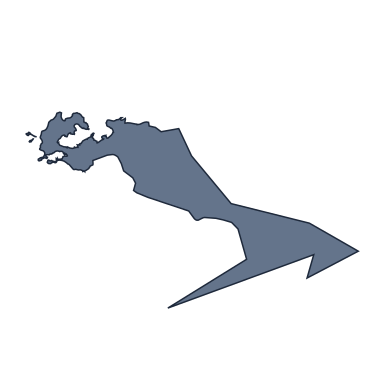 Garðabær, Reykjavík, Iceland, rotated 340°
{"feature_id": "244011B25721014671193", "entity_name": "Garðabær", "entity_type": "district", "adm_level": 2, "iso_a3": "ISL", "parent_name": "Iceland", "parent_adm1": "Reykjavík", "projection": "albers", "projection_center": [-21.974, 64.042], "detail": "fine", "context": "isolated", "style": "filled", "palette": "slate", "viewbox_px": 384, "rotation_deg": 340, "n_neighbors": 0, "source": "geoboundaries", "source_scale": "gbopen_adm2", "svg_char_len": 5670}
<svg xmlns="http://www.w3.org/2000/svg" viewBox="0 0 384 384"><g transform="rotate(340 192 192)"><path d="M224.8,216.3L203.9,157.9L201.2,127.9L183.6,124.8L179.7,118.8L174.3,115.3L175.0,111.7L173.3,110.7L171.6,110.3L169.9,110.2L166.3,110.5L163.8,110.0L163.3,109.8L163.4,109.4L162.0,108.7L157.5,106.0L155.2,105.0L152.6,104.4L153.0,103.0L154.3,101.0L154.5,100.0L151.4,100.6L150.2,100.4L149.6,99.8L149.8,99.2L150.1,98.7L151.5,98.2L150.4,97.8L149.2,98.4L147.8,98.8L145.7,98.3L145.3,98.3L144.9,98.6L142.8,98.6L141.5,97.9L138.5,95.9L137.1,95.6L136.1,96.4L135.2,97.8L134.9,97.8L134.9,99.3L134.7,100.1L134.8,100.9L135.1,101.3L136.7,102.8L137.6,104.4L138.1,104.5L138.5,105.2L138.8,107.1L138.8,107.5L138.6,108.0L138.7,108.9L138.0,109.0L137.7,109.3L137.4,109.8L135.4,111.1L131.4,112.6L130.5,112.4L130.4,111.1L130.5,110.3L130.3,110.0L129.6,110.1L129.3,109.5L129.9,109.2L129.1,109.0L127.3,108.9L126.1,109.3L125.9,109.8L125.9,110.4L126.4,111.0L126.4,111.5L127.1,112.0L126.8,112.2L125.8,112.3L125.4,112.1L120.8,113.4L119.6,113.4L119.6,113.1L119.9,112.5L120.0,111.8L119.0,111.0L118.5,110.2L117.6,109.8L117.5,109.6L117.8,108.8L117.8,108.5L117.4,108.0L117.5,107.7L117.4,107.4L117.0,107.1L117.1,106.8L117.0,106.5L116.8,106.3L116.8,106.0L117.1,105.8L118.3,105.3L118.6,105.0L118.7,104.2L119.4,103.9L119.9,103.4L119.6,103.0L118.7,103.0L118.7,103.7L117.4,103.6L117.5,103.9L117.3,104.2L116.5,104.3L116.0,105.2L115.5,105.6L113.4,105.7L112.6,106.0L112.0,105.9L111.6,106.6L110.9,106.2L109.9,106.2L106.8,106.7L104.4,108.5L103.5,108.2L102.8,108.4L102.7,108.6L102.8,109.2L102.6,109.5L102.0,108.8L101.1,108.9L100.4,108.5L100.5,109.1L100.3,109.5L100.3,110.1L100.2,110.3L100.3,110.7L100.3,110.9L100.1,111.1L99.1,110.5L97.9,110.6L96.9,109.5L96.7,109.6L96.5,110.2L96.2,110.4L94.4,110.1L92.1,108.8L91.0,107.6L90.6,107.5L90.2,107.8L89.9,107.4L90.0,106.9L89.7,106.9L89.3,107.3L89.1,107.1L88.8,106.5L86.9,105.6L83.7,102.8L83.5,102.0L83.4,100.4L83.7,99.8L82.7,99.9L82.7,99.7L82.5,99.3L82.4,99.1L82.7,98.7L84.6,97.1L85.4,96.7L86.4,96.6L88.3,95.2L89.1,94.8L90.4,94.6L91.4,94.8L92.0,95.5L91.6,96.1L93.2,97.3L93.6,97.3L94.9,95.7L96.0,94.9L97.9,94.7L98.1,95.1L97.7,95.7L97.8,95.8L99.5,96.9L100.4,97.1L101.1,97.6L101.5,97.2L101.4,97.0L101.4,96.5L101.6,95.7L102.3,94.7L102.8,94.5L103.9,94.7L104.3,94.5L104.4,93.7L104.3,92.2L103.7,91.0L103.6,90.4L104.0,89.3L105.2,88.5L106.7,88.5L107.8,89.1L108.5,89.8L108.6,90.1L108.7,90.6L108.9,90.8L109.1,92.0L109.8,92.9L110.1,93.9L110.7,94.2L111.0,94.8L111.4,95.0L112.1,94.9L112.3,95.5L112.7,95.6L113.3,96.4L114.2,97.0L115.0,97.1L116.3,97.9L116.7,97.6L115.8,96.7L115.7,96.4L115.8,96.1L116.9,95.2L117.0,94.9L116.8,93.5L117.0,92.4L116.2,91.4L116.1,90.6L115.4,90.5L115.1,89.8L114.4,89.3L114.5,88.6L114.7,88.2L115.7,85.1L115.6,84.9L114.7,84.3L113.9,81.3L112.8,79.7L111.8,79.2L111.1,78.2L108.9,78.0L107.6,77.6L106.9,77.8L106.0,78.5L105.8,78.7L105.9,79.2L105.4,79.7L103.7,80.5L102.4,80.6L100.6,80.1L98.5,80.0L97.7,80.4L97.2,81.5L96.3,81.4L95.6,80.8L95.3,80.4L94.8,79.1L94.7,78.1L94.7,77.0L94.8,76.3L95.7,74.3L96.4,73.1L96.2,72.8L95.1,71.8L92.0,71.8L89.9,74.3L86.6,76.2L83.9,76.3L81.3,77.5L79.2,80.6L77.7,82.2L76.2,83.3L74.6,83.7L72.0,83.6L71.2,84.2L70.1,86.2L68.4,88.2L68.0,89.0L68.0,89.5L68.5,91.3L68.7,92.2L68.6,93.4L68.4,94.2L67.8,94.9L66.8,95.1L66.1,96.0L65.5,96.4L65.3,96.8L64.7,98.6L63.8,99.1L63.5,99.6L63.5,99.9L64.5,101.1L66.2,102.4L66.7,103.1L67.0,104.5L66.9,105.2L66.6,106.2L64.4,108.3L61.1,108.0L60.1,108.4L58.9,108.5L58.4,109.3L58.5,110.0L59.0,110.5L61.2,110.6L61.5,110.5L61.6,110.0L61.7,109.8L64.9,109.4L65.9,109.8L66.6,110.6L66.9,110.7L67.7,110.5L68.1,109.9L67.5,109.4L67.2,108.5L66.9,107.9L66.9,107.6L67.7,107.2L68.8,107.4L70.6,108.2L71.3,107.8L71.8,108.0L72.6,107.9L73.0,108.3L74.4,108.1L74.7,107.7L75.7,107.9L77.3,107.2L78.8,107.2L79.8,107.5L81.1,108.3L81.3,108.7L82.8,108.9L84.0,109.6L84.4,110.3L84.4,110.7L84.7,111.5L84.4,111.9L84.5,112.1L85.1,112.0L84.8,112.4L85.0,112.8L85.0,113.1L85.1,113.5L85.7,113.4L86.4,112.9L86.7,113.0L87.3,114.8L87.3,115.3L87.2,115.5L86.3,115.5L84.7,114.8L82.9,114.6L82.5,115.2L81.2,116.5L81.0,116.3L79.8,116.2L78.0,115.7L77.4,115.8L77.2,115.6L77.1,114.6L76.7,115.3L76.6,115.1L76.7,114.4L76.1,114.4L75.9,114.1L75.8,114.4L75.7,114.5L76.1,115.0L75.7,115.2L75.8,115.6L75.8,115.8L75.1,116.6L74.4,116.5L73.6,116.8L73.1,116.6L72.7,115.8L71.7,115.7L71.0,114.4L70.8,114.4L70.6,114.6L69.6,114.4L69.4,114.3L69.2,113.8L68.6,113.7L68.4,113.2L68.0,113.0L68.3,112.5L67.3,113.1L66.9,113.8L66.2,114.4L66.2,114.6L66.4,115.4L67.1,116.3L68.5,116.9L69.0,117.0L70.0,116.5L72.1,116.6L72.7,116.9L73.3,117.7L74.3,117.8L75.0,117.4L75.9,116.4L76.5,116.3L78.4,116.7L80.8,118.0L82.5,119.4L84.2,121.8L84.8,123.1L85.6,123.7L86.1,124.5L87.9,129.3L88.3,130.2L88.8,130.6L90.5,130.9L92.7,132.4L94.8,133.0L96.2,134.3L96.6,134.9L96.4,135.2L96.4,135.3L96.7,135.2L96.9,135.4L97.5,135.2L97.7,135.5L97.9,135.8L97.9,135.6L98.1,135.5L98.6,135.7L103.0,134.7L103.9,133.8L104.6,133.5L105.2,132.8L108.1,132.6L108.6,131.8L109.6,128.5L125.0,128.4L130.2,129.6L131.7,130.4L133.4,132.3L134.3,133.7L135.3,141.2L135.0,148.8L141.2,158.4L142.0,164.4L137.6,170.6L139.9,173.9L148.8,182.0L182.4,208.7L185.1,217.9L185.9,219.3L186.8,220.1L188.2,220.6L193.5,220.0L195.0,220.2L205.5,224.9L211.8,228.9L218.8,234.1L222.6,242.5L220.3,273.9L129.6,292.8L285.0,292.5L270.7,312.2L328.0,304.5L291.6,261.4L224.8,216.3ZM59.6,80.5L58.9,80.1L58.2,80.8L57.4,80.6L57.0,80.8L56.3,80.5L56.0,80.7L56.0,81.0L56.7,82.4L57.2,82.8L57.7,82.9L58.0,82.4L59.1,82.2L59.7,82.3L60.8,83.2L63.2,86.2L64.9,87.0L63.5,86.1L61.7,84.2L60.0,81.8L59.9,80.9L59.6,80.5ZM60.1,88.5L61.0,87.8L60.9,87.7L59.0,88.5L57.3,88.3L56.3,89.0L56.5,89.5L58.0,89.8L58.4,89.6L58.7,89.1L60.1,88.5Z" fill="#64748b" stroke="#1e293b" stroke-width="1.5"/></g></svg>